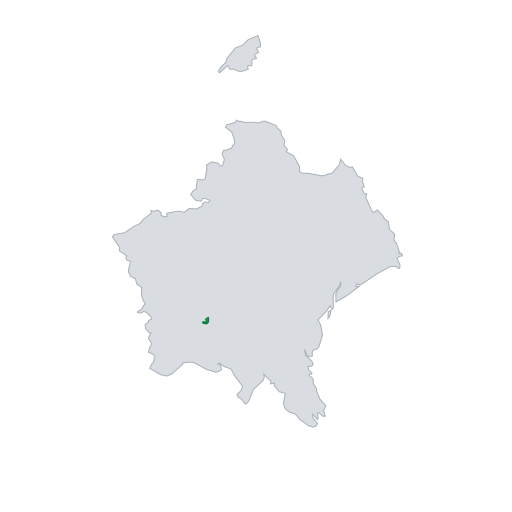 Hauts-de-Seine on a map of France (orthographic projection), rotated 226°
{"feature_id": "FRA-5306", "entity_name": "Hauts-de-Seine", "entity_type": "Metropolitan department", "adm_level": 1, "iso_a3": "FRA", "parent_name": "France", "parent_adm1": "", "projection": "orthographic", "projection_center": [2.26, 48.844], "detail": "fine", "context": "in_parent", "style": "filled", "palette": "green", "viewbox_px": 512, "rotation_deg": 226, "n_neighbors": 0, "source": "natural_earth", "source_scale": "10m", "svg_char_len": 4207}
<svg xmlns="http://www.w3.org/2000/svg" viewBox="0 0 512 512"><g transform="rotate(226 256 256)"><path d="M361.7,211.9L359.1,213.5L357.7,216.7L356.0,217.5L352.9,217.7L351.3,215.9L347.7,217.4L346.3,219.4L348.7,221.6L341.9,231.7L337.3,234.5L336.6,240.8L331.3,245.8L329.5,250.9L329.3,251.9L330.8,253.5L330.4,256.7L327.6,259.0L327.8,261.1L328.6,261.3L332.8,259.4L334.4,257.4L333.4,254.8L337.6,251.4L345.5,251.7L346.6,256.0L345.8,259.6L351.9,267.1L347.2,271.0L347.0,273.4L352.6,280.9L355.9,284.0L354.5,289.3L349.3,293.1L345.9,293.0L344.4,293.9L344.7,295.5L347.3,300.2L353.4,302.9L354.5,306.4L352.9,307.8L350.5,313.4L351.8,316.0L351.4,317.2L352.1,319.0L353.8,320.7L362.3,324.8L369.7,323.4L370.8,326.0L366.7,333.4L367.1,336.6L364.8,336.8L364.5,337.9L360.0,340.6L352.9,348.2L349.6,350.5L348.3,354.2L346.4,356.4L335.8,361.1L333.7,360.3L328.4,360.6L325.1,358.2L318.7,356.8L316.5,353.1L310.6,352.6L310.2,350.1L302.0,352.7L290.4,349.6L286.2,346.0L282.9,347.0L280.0,350.4L267.6,359.3L262.8,368.4L263.8,379.0L266.8,384.1L259.0,383.4L254.5,385.0L253.3,387.2L242.4,384.6L238.3,386.8L237.2,386.6L235.8,384.4L230.5,381.9L231.3,380.1L230.6,378.6L225.6,377.3L223.8,378.8L221.9,375.7L208.0,370.7L205.7,370.7L204.7,375.4L195.7,375.1L194.4,374.2L188.6,375.0L182.5,370.4L175.6,371.0L171.5,366.3L167.5,365.8L161.8,363.2L159.2,361.9L158.9,360.5L157.2,362.5L155.0,361.9L154.6,361.3L156.1,358.8L156.5,355.9L149.4,353.3L147.6,351.1L147.7,350.0L151.5,349.2L155.2,345.3L159.1,330.6L162.2,313.1L164.1,309.9L166.3,309.1L164.7,306.6L162.4,309.6L164.4,293.6L167.4,281.6L173.0,286.8L174.3,289.0L175.8,296.3L178.9,299.4L176.9,296.4L175.1,286.8L173.9,284.0L165.0,275.6L164.8,273.7L168.8,274.9L167.4,268.8L167.0,256.2L161.5,254.6L152.9,248.8L147.3,238.8L146.8,235.2L148.6,231.5L147.3,229.0L144.9,227.2L147.0,224.0L148.8,223.8L155.0,226.0L150.1,222.6L141.7,223.2L138.4,221.9L138.0,219.6L140.4,216.8L137.7,214.8L132.9,214.9L132.4,214.1L133.9,212.1L132.8,211.3L128.9,211.8L126.7,211.0L124.8,208.5L118.6,207.5L117.3,206.0L108.9,202.6L99.9,202.3L97.8,197.3L92.6,194.5L93.8,193.1L99.4,192.2L100.5,191.0L96.7,188.7L95.5,186.6L102.8,186.8L99.7,184.4L92.7,183.9L92.0,181.0L93.2,178.2L97.5,175.9L107.8,174.0L115.2,174.5L120.7,171.5L125.9,171.0L130.7,173.0L136.8,181.7L142.3,178.4L150.2,179.0L151.7,181.1L154.0,177.5L155.7,179.8L165.4,179.5L163.2,177.9L161.5,174.3L161.8,161.4L157.4,151.7L156.4,148.2L156.9,145.4L162.5,146.2L167.2,145.1L169.5,146.1L169.7,152.2L171.6,155.8L184.6,157.4L192.2,159.5L198.7,156.3L204.7,154.9L205.2,154.1L201.7,154.4L198.6,152.8L198.2,151.2L200.0,146.5L209.2,141.5L222.5,137.3L225.9,134.4L229.9,129.1L229.0,127.7L229.7,113.2L231.7,108.4L236.7,105.0L249.2,101.5L250.8,106.2L250.8,108.7L254.1,112.8L255.8,114.1L261.3,111.8L264.0,115.6L264.9,119.9L271.6,121.5L273.6,127.1L274.8,125.8L279.0,126.0L281.0,126.4L283.8,128.8L283.1,132.2L284.3,133.8L283.2,136.9L284.1,138.2L291.8,138.0L294.1,136.5L295.1,133.4L297.4,131.5L298.3,132.0L297.0,137.8L298.1,139.2L298.8,143.4L301.7,143.6L307.6,146.6L312.7,151.9L318.6,150.7L323.4,153.5L328.3,151.7L332.9,153.1L334.6,154.6L339.3,162.0L342.6,160.3L345.0,161.0L345.9,163.2L354.6,161.3L356.3,163.3L358.2,164.0L369.6,166.1L369.9,168.9L364.1,177.5L362.0,189.3L360.4,193.5L359.9,196.6L360.6,198.5L360.5,201.7L359.6,209.4L360.5,211.5L361.7,211.9ZM416.4,363.9L416.2,368.7L418.2,372.0L420.0,385.6L417.0,392.5L417.0,400.6L413.2,410.5L405.8,406.9L403.5,404.7L405.1,400.9L400.9,399.3L401.6,395.7L401.0,394.0L398.1,394.0L397.9,393.1L399.8,390.2L399.6,388.5L396.8,386.7L396.1,384.8L398.6,382.5L397.2,380.7L395.8,380.3L398.8,373.8L401.1,371.7L406.4,369.5L408.5,367.0L412.2,367.9L412.7,367.3L413.1,357.3L414.3,357.0L415.5,358.2L416.4,363.9ZM165.7,269.4L164.8,272.2L161.4,267.1L161.1,264.4L165.7,269.4Z" fill="#d9dde1" stroke="#a8b0b8" stroke-width="1"/><path d="M243.9,173.3L243.6,173.8L243.2,174.3L243.1,174.9L243.3,175.5L243.7,175.3L245.4,176.0L245.2,176.4L245.1,177.1L245.0,177.8L245.1,178.3L245.0,178.7L244.7,178.9L244.0,178.0L243.4,177.7L243.1,177.4L241.8,176.0L241.5,175.2L241.5,173.9L241.7,173.6L242.2,172.9L242.4,172.7L242.8,172.6L243.1,172.4L243.7,171.8L244.6,171.5L245.1,171.4L245.3,171.7L245.3,172.3L245.1,172.5L244.3,173.0L243.9,173.3Z" fill="#22c55e" stroke="#15803d" stroke-width="1.5"/></g></svg>